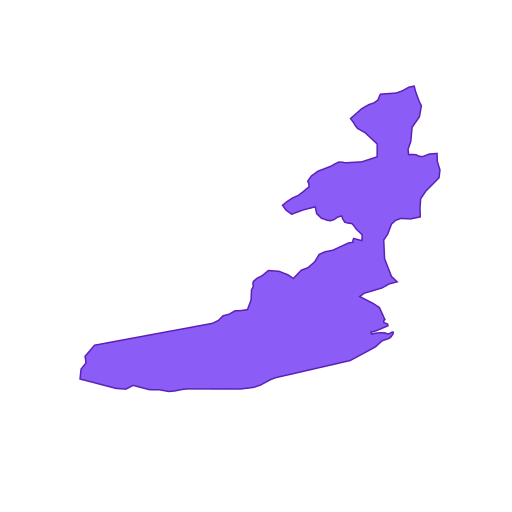 an SVG outline of Ampāra, rotated 76°
{"feature_id": "LKA-2451", "entity_name": "Ampāra", "entity_type": "District", "adm_level": 1, "iso_a3": "LKA", "parent_name": "Sri Lanka", "parent_adm1": "", "projection": "natural_earth1", "projection_center": [81.481, 7.125], "detail": "fine", "context": "isolated", "style": "filled", "palette": "violet", "viewbox_px": 512, "rotation_deg": 76, "n_neighbors": 0, "source": "natural_earth", "source_scale": "10m", "svg_char_len": 2145}
<svg xmlns="http://www.w3.org/2000/svg" viewBox="0 0 512 512"><g transform="rotate(76 256 256)"><path d="M349.0,146.3L349.3,147.6L351.6,148.1L353.8,144.8L355.6,144.8L357.7,157.9L357.7,162.8L359.6,162.8L359.6,162.7L359.9,158.1L360.6,153.6L361.7,149.7L363.5,147.0L363.5,144.8L363.3,144.2L362.7,142.2L363.2,141.2L364.8,141.9L367.3,144.8L368.2,147.3L368.8,154.2L373.1,162.2L380.2,189.9L378.8,266.7L379.5,271.9L382.4,283.4L382.9,290.2L381.3,303.2L368.3,355.0L367.6,360.3L367.3,367.4L366.4,373.3L362.3,382.4L361.4,386.4L359.8,392.0L354.4,401.9L351.8,406.5L353.7,414.4L350.6,423.9L332.8,456.5L330.3,455.6L323.4,453.1L318.7,446.9L315.1,446.4L311.9,446.1L303.5,434.2L310.8,314.4L309.4,308.0L306.0,302.4L306.0,296.1L304.1,289.8L305.4,283.4L305.9,277.2L297.6,271.5L287.6,268.5L286.1,267.0L284.4,265.8L282.3,265.8L280.0,264.7L277.8,260.2L276.7,255.1L273.1,247.5L276.4,237.4L282.2,229.3L286.8,225.2L280.7,215.4L279.9,208.4L275.9,200.5L269.7,194.3L268.6,188.0L269.0,180.2L265.7,163.0L266.2,158.6L264.3,158.2L262.6,157.0L266.7,149.6L261.2,147.8L254.2,152.2L250.8,153.5L247.7,155.1L246.6,158.2L244.7,161.7L240.8,162.9L237.9,163.1L238.0,167.4L239.5,171.2L239.8,175.1L238.6,178.3L236.6,181.0L235.3,183.3L229.6,186.9L222.6,186.6L222.7,199.1L224.1,211.3L218.9,215.7L213.2,218.0L210.7,212.7L208.5,206.4L207.5,200.5L205.0,194.6L203.1,190.8L201.9,187.9L198.5,187.2L196.0,187.8L191.8,183.0L188.7,175.4L186.9,161.0L185.7,157.0L184.9,153.0L185.7,150.0L187.2,146.7L190.2,130.8L189.1,114.5L176.6,111.3L162.8,120.3L156.8,126.6L153.4,128.2L150.6,128.9L145.5,131.0L138.6,117.7L136.4,109.8L136.0,104.5L134.1,99.9L129.9,96.9L129.1,96.0L131.8,80.5L131.2,74.3L129.2,66.9L129.4,61.4L134.7,61.4L145.2,60.3L150.3,59.2L160.5,63.8L168.9,73.4L182.5,78.2L189.1,82.6L194.6,83.4L195.2,80.0L196.5,76.2L198.4,74.0L199.9,70.5L199.0,62.8L200.3,55.5L207.9,57.2L217.0,56.7L224.4,59.5L234.1,75.5L240.3,82.4L248.9,85.2L257.8,87.2L257.4,97.0L254.6,106.4L255.2,111.9L257.8,116.8L266.6,122.9L271.4,128.2L289.8,131.9L308.6,129.5L315.2,125.3L315.3,133.5L317.5,141.5L318.3,160.0L320.4,165.2L330.2,154.0L335.9,148.7L343.6,147.3L349.0,146.3Z" fill="#8b5cf6" stroke="#5b21b6" stroke-width="1.5"/></g></svg>